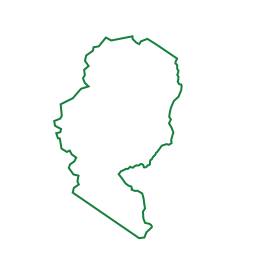 Chaffee, Colorado, United States of America, rotated 214°
{"feature_id": "52423323B55010053524347", "entity_name": "Chaffee", "entity_type": "district", "adm_level": 2, "iso_a3": "USA", "parent_name": "United States of America", "parent_adm1": "Colorado", "projection": "albers", "projection_center": [-106.275, 38.74], "detail": "fine", "context": "isolated", "style": "outline", "palette": "green", "viewbox_px": 256, "rotation_deg": 214, "n_neighbors": 0, "source": "geoboundaries", "source_scale": "gbopen_adm2", "svg_char_len": 1789}
<svg xmlns="http://www.w3.org/2000/svg" viewBox="0 0 256 256"><g transform="rotate(214 128 128)"><path d="M57.2,42.9L53.2,46.4L54.4,51.7L52.8,58.9L53.2,59.8L54.8,60.5L56.7,60.5L60.8,58.9L64.6,61.5L68.8,67.0L68.9,70.8L72.1,74.2L75.5,78.1L79.6,81.7L84.9,81.3L87.2,79.7L90.5,78.9L90.9,80.0L92.6,81.3L95.6,80.5L99.1,80.7L102.3,81.9L105.8,83.2L109.9,84.5L109.6,88.2L107.4,91.7L107.1,92.8L105.5,93.8L104.8,94.9L104.8,96.4L104.3,97.1L102.8,97.4L102.0,97.7L101.4,98.5L101.4,99.3L100.9,100.4L100.2,101.7L99.2,102.2L98.4,102.7L97.7,103.8L97.6,104.7L97.0,105.5L96.2,105.8L94.7,105.9L93.2,104.7L92.9,104.3L92.0,104.7L91.4,105.3L90.9,106.4L90.9,108.0L89.9,108.8L89.5,110.2L90.2,111.2L90.6,111.9L91.1,112.7L91.4,114.1L90.8,115.1L91.0,117.1L91.0,118.3L90.8,119.5L90.4,120.5L90.6,121.7L90.9,123.3L90.4,124.2L90.3,126.7L90.1,132.3L86.9,136.3L84.8,136.9L83.4,139.8L85.5,142.2L88.0,149.8L92.4,152.8L96.6,154.8L97.3,159.1L100.1,160.3L102.5,165.4L103.9,169.5L105.1,176.0L103.6,182.2L105.1,189.2L106.9,192.6L107.5,193.3L108.2,193.8L109.0,193.3L110.5,193.0L111.4,193.7L112.7,194.2L113.5,196.4L114.8,198.7L116.9,199.6L117.3,201.8L118.3,203.8L120.1,204.4L122.6,207.8L124.8,208.1L125.7,209.8L125.8,211.3L126.1,213.0L151.5,213.1L161.8,212.7L165.7,207.1L165.6,203.8L168.9,203.4L173.9,204.4L175.6,206.5L190.8,191.2L196.9,190.6L197.9,179.3L201.7,175.7L200.3,172.5L203.2,164.8L201.3,159.7L195.3,157.3L196.9,151.7L193.3,147.6L193.1,144.0L189.1,141.3L184.0,140.4L188.9,134.2L190.4,121.8L197.1,110.0L189.7,101.1L189.4,97.9L193.1,92.5L189.7,89.0L182.9,89.8L181.8,86.6L184.6,83.6L180.4,80.3L178.6,81.2L171.6,73.7L165.3,74.0L163.7,76.7L159.7,74.6L154.4,74.5L153.8,70.4L155.7,65.4L154.8,61.8L147.2,59.0L142.4,60.8L140.1,55.5L137.2,53.6L139.4,48.1L137.7,43.5L57.2,42.9Z" fill="none" stroke="#15803d" stroke-width="2"/></g></svg>